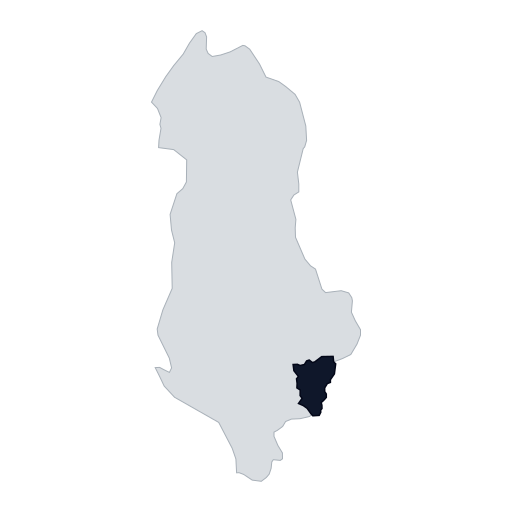 Kolonjë, Korçë, Albania shown in context
{"feature_id": "67620474B91947048364679", "entity_name": "Kolonjë", "entity_type": "district", "adm_level": 2, "iso_a3": "ALB", "parent_name": "Albania", "parent_adm1": "Korçë", "projection": "natural_earth1", "projection_center": [20.638, 40.285], "detail": "fine", "context": "in_parent", "style": "filled", "palette": "ink", "viewbox_px": 512, "rotation_deg": 0, "n_neighbors": 0, "source": "geoboundaries", "source_scale": "gbopen_adm2", "svg_char_len": 2020}
<svg xmlns="http://www.w3.org/2000/svg" viewBox="0 0 512 512"><path d="M158.6,147.6L159.0,140.2L161.0,128.3L159.9,124.4L161.1,117.6L157.5,108.5L151.5,102.1L157.3,90.5L165.8,76.6L173.7,65.6L183.2,54.1L189.5,43.1L196.3,33.6L202.1,30.7L205.0,32.7L206.6,36.9L206.2,49.1L208.1,53.4L212.2,56.5L220.7,55.0L230.1,51.9L242.8,45.4L245.0,45.8L249.7,49.2L259.5,64.0L266.0,77.1L278.8,81.6L285.9,86.7L295.1,94.4L299.6,102.2L305.8,126.0L306.6,140.4L304.7,146.9L303.2,148.6L297.4,172.1L298.8,184.0L298.8,191.9L293.9,195.0L290.7,199.9L295.9,219.4L295.2,227.8L295.5,237.3L304.9,259.1L310.5,265.8L315.5,269.1L321.9,289.1L325.6,292.6L341.2,290.7L348.7,292.9L351.8,297.7L352.4,300.9L351.4,312.2L355.3,320.8L360.5,329.7L360.5,335.2L357.0,344.1L350.8,354.5L342.6,358.5L333.5,361.9L329.2,369.9L327.0,378.5L322.9,384.9L320.4,391.9L316.6,406.1L315.7,411.3L309.5,416.5L300.0,418.7L291.4,419.1L285.6,421.5L282.7,426.4L277.3,430.4L274.0,432.1L274.0,436.4L277.9,445.5L282.4,452.9L282.5,458.8L280.3,460.4L273.3,459.7L271.8,461.9L271.1,468.4L269.2,474.1L266.3,477.5L261.3,481.3L252.2,480.1L243.6,474.4L239.1,472.7L236.6,472.8L235.9,459.0L232.2,448.3L218.7,422.4L174.6,397.3L164.2,386.1L159.7,376.6L155.2,367.6L159.6,367.4L163.9,369.7L169.4,372.4L171.6,367.9L169.3,358.1L158.0,335.2L157.2,329.0L162.9,309.8L172.2,288.4L171.7,262.4L174.7,242.8L171.5,230.0L170.1,214.4L176.9,193.7L182.8,188.6L186.4,182.0L186.7,159.9L173.7,149.6L158.6,147.6Z" fill="#d9dde1" stroke="#a8b0b8" stroke-width="1"/><path d="M293.1,364.5L293.9,370.7L298.4,376.5L296.5,378.8L297.1,383.4L296.9,387.9L300.2,390.0L300.1,395.6L302.1,398.3L298.5,403.5L303.3,405.6L307.1,408.3L311.0,413.8L312.8,415.8L319.2,415.4L320.8,412.2L320.6,410.3L322.0,408.5L321.9,405.2L321.2,402.6L324.3,399.7L326.3,397.4L326.3,394.0L324.7,391.6L324.7,387.9L327.3,383.6L330.4,382.4L330.4,379.7L334.4,373.9L335.7,363.8L333.7,362.0L333.1,356.4L321.7,356.6L314.6,362.0L312.3,362.5L309.2,360.0L306.6,360.9L304.4,364.5L300.1,365.5L297.4,364.3L293.1,364.5Z" fill="#0f172a" stroke="#020617" stroke-width="1.5"/></svg>